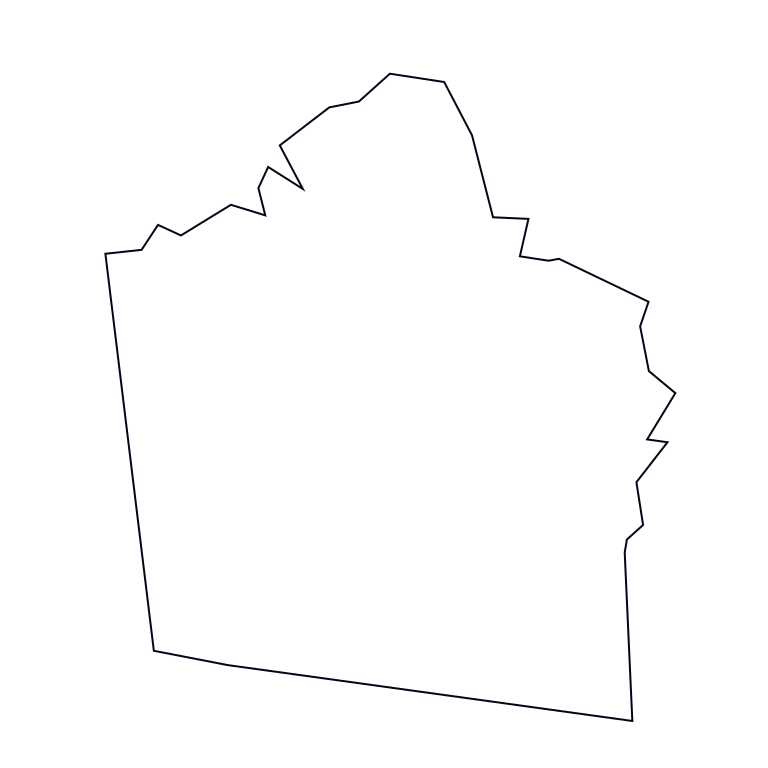 outline of Putnam, Georgia, United States of America, rotated 276°
{"feature_id": "52423323B84138230189423", "entity_name": "Putnam", "entity_type": "district", "adm_level": 2, "iso_a3": "USA", "parent_name": "United States of America", "parent_adm1": "Georgia", "projection": "albers", "projection_center": [-83.3, 33.326], "detail": "fine", "context": "isolated", "style": "outline", "palette": "ink", "viewbox_px": 768, "rotation_deg": 276, "n_neighbors": 0, "source": "geoboundaries", "source_scale": "gbopen_adm2", "svg_char_len": 569}
<svg xmlns="http://www.w3.org/2000/svg" viewBox="0 0 768 768"><g transform="rotate(276 384 384)"><path d="M94.6,183.0L88.1,257.9L74.8,666.2L241.6,641.0L254.7,641.8L270.9,656.4L312.7,645.3L355.7,672.0L356.4,651.5L405.4,674.7L424.5,646.1L468.1,632.7L493.4,638.5L526.8,544.9L523.8,534.8L525.2,505.8L563.3,510.4L561.2,475.0L640.6,445.5L690.6,412.3L693.2,357.4L662.3,329.5L653.4,300.7L610.4,255.4L569.5,282.9L587.7,246.1L565.7,238.6L539.3,248.3L546.2,213.0L510.5,166.5L518.6,142.6L492.1,128.9L484.4,93.3L94.6,183.0Z" fill="none" stroke="#020617" stroke-width="2"/></g></svg>